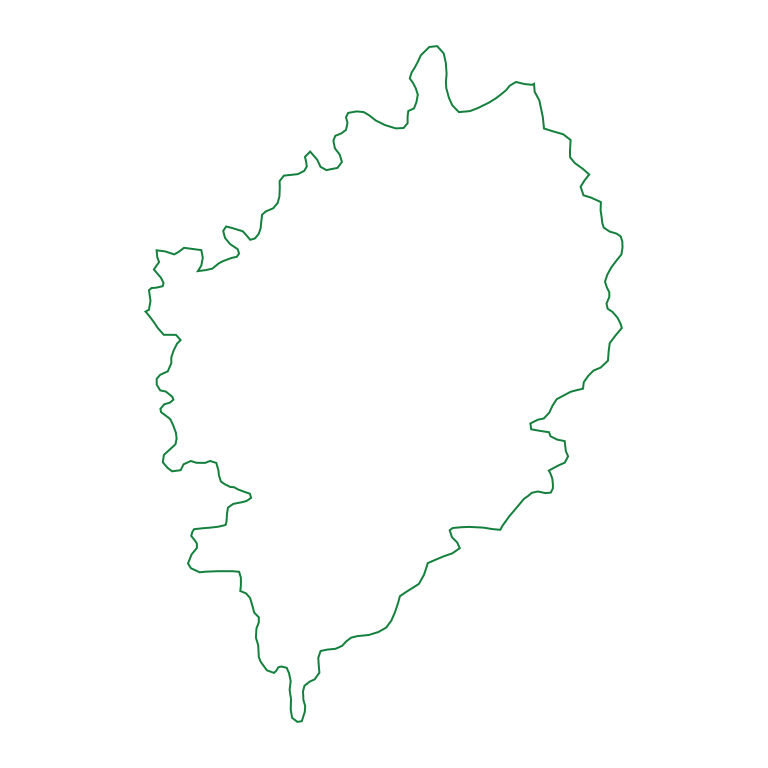 Lida, Grodno, Belarus
{"feature_id": "67162791B46145411949360", "entity_name": "Lida", "entity_type": "district", "adm_level": 2, "iso_a3": "BLR", "parent_name": "Belarus", "parent_adm1": "Grodno", "projection": "orthographic", "projection_center": [25.213, 53.776], "detail": "fine", "context": "isolated", "style": "outline", "palette": "green", "viewbox_px": 768, "rotation_deg": 0, "n_neighbors": 0, "source": "geoboundaries", "source_scale": "gbopen_adm2", "svg_char_len": 4242}
<svg xmlns="http://www.w3.org/2000/svg" viewBox="0 0 768 768"><path d="M145.5,311.6L148.8,315.4L153.2,321.2L158.1,328.4L163.8,334.8L169.1,334.8L176.0,334.9L180.6,340.1L177.1,343.5L173.6,350.5L171.3,357.4L171.3,363.2L167.8,371.3L160.2,374.8L156.7,378.8L156.7,384.6L160.2,390.4L165.9,391.6L172.3,396.8L173.4,399.7L170.0,402.6L164.2,404.3L160.4,408.9L161.1,412.2L165.2,415.2L170.4,419.3L173.3,425.6L175.9,432.7L176.6,438.6L175.5,444.2L169.9,449.4L163.9,454.9L162.8,462.3L167.6,467.9L172.1,471.3L180.6,470.2L183.6,464.3L190.7,461.0L196.6,462.8L205.1,462.9L210.0,461.0L216.3,462.9L218.5,470.7L218.9,475.2L220.9,481.5L224.9,484.3L230.4,487.0L234.0,487.2L238.0,489.4L245.4,492.2L249.9,493.7L251.1,497.9L246.5,501.0L242.0,502.2L233.2,503.9L228.0,507.6L227.0,513.8L226.5,521.7L225.5,525.0L218.4,526.7L210.5,527.6L202.2,528.3L194.1,529.2L192.4,531.8L191.2,535.9L195.0,540.6L196.9,543.7L196.9,547.8L194.5,550.9L191.6,554.4L188.0,563.5L190.9,568.2L199.6,572.3L205.4,571.7L218.2,571.2L226.3,571.2L232.7,571.2L239.1,571.8L240.9,577.7L240.9,585.2L240.3,591.0L246.1,593.4L250.1,598.0L252.5,606.2L254.2,612.6L258.8,617.3L258.8,622.5L256.5,628.3L255.9,637.6L258.2,645.2L258.8,656.9L260.5,661.5L265.2,668.0L266.9,670.3L274.0,672.9L276.2,670.8L278.3,667.3L281.2,666.5L286.7,667.8L289.0,673.1L290.7,681.2L289.6,689.8L291.0,699.1L290.7,709.6L292.1,717.8L297.4,721.9L301.8,721.2L304.8,711.8L305.2,706.2L303.4,699.9L303.0,691.3L304.5,685.7L309.7,681.6L314.6,679.4L319.4,672.7L318.7,664.8L318.3,657.7L320.6,651.0L327.3,649.6L335.5,648.8L342.2,645.8L345.9,641.7L351.1,637.6L357.5,636.1L368.7,635.0L378.4,632.0L386.2,627.6L391.4,620.5L395.1,611.9L398.1,602.9L399.9,596.2L405.9,592.1L418.9,583.9L424.1,574.6L427.8,563.1L435.6,559.7L443.8,556.3L452.4,553.3L459.8,548.1L457.2,542.5L452.0,537.3L449.7,530.3L452.7,528.0L460.1,527.3L469.1,526.9L483.2,527.6L492.5,529.1L500.3,529.8L502.5,525.7L509.2,516.4L518.1,505.9L524.0,498.8L528.3,495.8L531.8,492.8L538.0,491.5L545.3,493.1L550.8,492.6L552.9,488.4L552.9,484.1L552.3,478.6L550.4,473.4L548.8,470.6L558.1,465.6L564.8,462.6L568.1,456.3L565.8,451.1L564.7,441.1L557.2,439.6L550.5,436.3L549.0,432.2L542.0,431.2L531.2,429.3L530.4,423.4L537.9,419.7L543.8,418.5L549.3,412.6L552.6,405.5L556.7,399.2L570.8,391.7L578.2,389.8L583.0,388.7L583.8,382.1L588.4,375.7L593.6,370.5L600.6,367.6L608.0,360.6L608.6,351.9L609.7,343.2L615.4,335.6L621.8,328.0L620.5,323.6L617.5,317.7L612.5,311.9L607.7,308.8L606.5,303.6L609.3,297.0L609.3,292.2L606.9,287.5L605.0,281.8L607.3,274.7L611.3,267.4L616.9,260.0L621.4,254.5L622.5,247.6L622.3,241.3L620.6,236.3L616.3,233.5L609.7,231.6L603.7,227.6L602.3,222.9L601.5,216.3L600.6,210.4L600.9,202.1L591.0,197.6L583.5,195.3L580.6,186.7L584.6,180.3L589.2,174.5L582.8,168.8L574.7,163.0L570.1,157.3L570.0,150.4L570.6,140.0L563.1,134.2L553.2,131.4L544.0,128.5L542.8,117.0L539.3,100.3L534.6,91.7L534.1,83.8L532.3,84.8L524.9,84.1L515.9,82.0L509.6,85.8L506.3,90.0L502.0,93.6L495.9,98.3L488.6,102.8L483.7,105.2L478.0,108.0L470.0,111.1L458.9,112.1L452.3,105.3L449.0,98.0L446.3,88.3L445.9,82.1L446.6,73.9L445.8,62.8L443.7,53.4L437.1,46.1L429.3,47.0L420.8,55.3L417.8,61.9L414.5,68.0L411.6,72.5L409.8,78.4L413.1,83.1L415.9,88.6L417.8,94.7L416.4,102.3L414.0,108.4L408.3,111.0L407.6,116.5L407.6,123.2L403.6,128.0L395.8,128.4L385.1,125.1L375.9,120.6L368.9,115.1L363.7,112.1L356.7,111.4L348.2,112.9L346.0,117.3L347.5,122.8L346.0,129.9L341.2,133.5L335.3,135.8L333.4,140.6L334.9,148.3L339.7,154.6L341.9,162.0L337.5,167.9L326.4,170.1L320.5,166.8L317.2,159.7L310.2,151.6L305.0,156.8L306.1,161.9L306.8,166.4L304.3,170.8L298.0,174.1L291.0,174.9L283.9,175.6L279.6,181.1L279.8,187.5L279.4,196.5L277.7,202.9L273.2,208.3L265.8,211.4L262.1,214.7L261.3,221.4L260.6,228.4L258.7,233.9L255.0,238.4L250.2,239.8L246.5,235.4L242.8,231.3L232.1,228.0L226.2,226.5L223.2,230.9L225.0,237.9L230.2,244.2L237.6,249.1L239.1,253.5L236.8,256.8L231.7,257.9L222.8,261.2L218.7,263.4L212.4,268.6L205.7,270.1L197.9,271.1L201.3,265.6L202.8,257.8L201.3,250.1L195.1,249.3L184.0,247.8L178.8,251.8L174.3,254.4L165.1,251.4L156.6,250.3L157.3,257.3L159.1,262.1L156.1,266.2L153.9,269.5L158.0,274.3L160.9,277.7L163.5,282.9L162.7,286.2L156.1,287.7L151.6,288.0L149.0,290.2L149.7,295.4L150.5,301.0L148.9,309.8L145.5,311.6Z" fill="none" stroke="#15803d" stroke-width="2"/></svg>